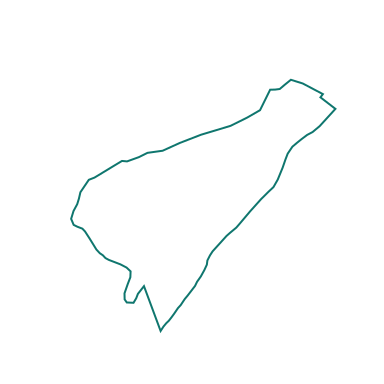 Kabong, Sarawak, Malaysia (Equal Earth projection), rotated 201°
{"feature_id": "92858781B82406813204277", "entity_name": "Kabong", "entity_type": "district", "adm_level": 2, "iso_a3": "MYS", "parent_name": "Malaysia", "parent_adm1": "Sarawak", "projection": "equal_earth", "projection_center": [111.235, 1.885], "detail": "fine", "context": "isolated", "style": "outline", "palette": "teal", "viewbox_px": 384, "rotation_deg": 201, "n_neighbors": 0, "source": "geoboundaries", "source_scale": "gbopen_adm2", "svg_char_len": 1230}
<svg xmlns="http://www.w3.org/2000/svg" viewBox="0 0 384 384"><g transform="rotate(201 192 192)"><path d="M155.7,315.5L157.8,292.8L167.1,281.3L179.7,267.6L190.9,258.9L204.1,248.7L213.7,240.0L221.0,233.4L234.2,220.0L247.6,212.6L254.1,205.5L263.6,197.3L268.5,195.9L273.8,189.1L288.2,170.5L292.7,166.4L296.1,151.8L295.2,145.4L294.8,139.5L295.8,131.8L295.2,123.6L290.7,118.9L286.6,118.5L281.2,118.5L277.7,116.8L270.7,111.7L260.6,104.0L256.1,101.8L252.6,101.0L249.1,99.3L245.3,98.8L237.4,98.8L232.9,98.8L226.0,98.0L220.9,95.9L219.0,90.3L219.0,83.0L218.7,73.2L216.4,67.6L213.3,65.5L206.9,67.6L206.0,72.8L206.0,77.5L203.1,86.9L171.5,51.0L170.4,56.2L169.0,60.3L167.5,63.5L166.3,67.4L165.1,71.8L163.5,78.6L162.0,82.4L161.2,86.0L160.4,89.5L159.0,93.6L155.5,105.4L155.1,110.0L153.5,116.3L152.5,123.5L152.1,129.5L153.1,133.6L152.5,139.3L151.5,144.0L149.6,148.9L144.0,163.4L141.7,167.8L137.9,174.6L136.4,178.7L130.8,194.8L125.0,210.0L120.6,219.8L117.7,225.8L116.4,234.3L116.1,247.2L116.4,255.7L116.4,262.1L114.5,270.3L111.7,275.4L108.5,280.9L105.0,286.5L100.9,291.2L96.4,299.3L87.9,321.0L106.0,326.4L104.9,330.3L127.5,333.0L139.9,332.2L144.0,325.1L147.0,319.6L151.1,317.4L155.7,315.5Z" fill="none" stroke="#0f766e" stroke-width="2"/></g></svg>